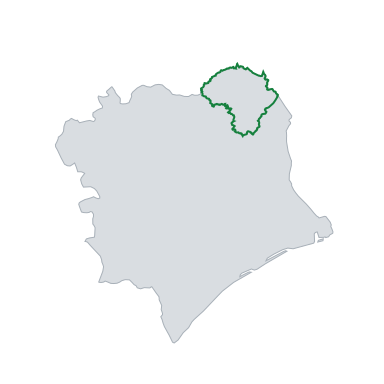 location of Bounkani, Zanzan, Ivory Coast, rotated 335°
{"feature_id": "98640826B90856530326373", "entity_name": "Bounkani", "entity_type": "district", "adm_level": 2, "iso_a3": "CIV", "parent_name": "Ivory Coast", "parent_adm1": "Zanzan", "projection": "mercator", "projection_center": [-3.483, 9.078], "detail": "fine", "context": "in_parent", "style": "outline", "palette": "green", "viewbox_px": 384, "rotation_deg": 335, "n_neighbors": 0, "source": "geoboundaries", "source_scale": "gbopen_adm2", "svg_char_len": 9257}
<svg xmlns="http://www.w3.org/2000/svg" viewBox="0 0 384 384"><g transform="rotate(335 192 192)"><path d="M94.1,85.7L95.3,85.6L98.4,84.7L101.2,82.7L103.8,78.3L107.3,74.9L111.3,75.1L112.5,74.5L113.9,74.4L115.5,76.6L117.2,78.4L118.4,78.4L119.3,81.7L126.6,83.1L129.7,84.0L132.3,86.4L133.2,86.5L134.3,86.0L135.2,85.1L135.4,84.2L134.2,82.0L134.7,80.1L135.9,78.3L137.8,78.2L140.6,77.7L143.8,77.7L146.2,78.0L147.2,76.3L146.3,71.4L146.5,68.7L146.9,66.4L147.8,65.5L151.4,68.4L154.7,69.4L157.1,69.5L157.7,68.9L156.7,65.8L157.0,64.9L157.9,64.3L159.4,64.0L163.6,62.7L164.0,63.0L164.8,67.9L164.5,69.5L165.3,72.9L166.4,76.0L166.4,77.2L165.5,79.1L164.4,80.9L164.5,81.6L166.2,82.8L169.4,84.1L172.7,84.4L174.6,82.6L176.5,81.1L177.8,79.8L178.3,77.8L180.4,76.4L186.4,74.6L191.9,74.3L193.3,74.9L195.8,77.6L198.9,79.5L203.8,79.3L207.3,80.4L210.3,82.4L212.3,87.1L214.5,90.4L215.5,95.2L219.0,97.7L221.8,98.8L225.5,102.2L229.3,104.0L233.3,103.6L235.2,105.4L238.2,106.7L241.1,106.8L243.8,102.8L247.2,101.2L256.0,98.0L259.4,96.6L262.9,95.7L271.3,95.4L279.2,96.4L283.1,97.1L285.7,96.6L288.2,98.5L290.8,102.4L293.0,103.7L295.2,105.1L296.8,108.2L298.7,111.3L299.7,112.7L302.1,115.7L304.1,115.8L306.1,114.5L306.9,113.5L307.3,115.5L306.5,118.8L306.7,120.8L307.8,121.6L307.2,124.2L304.9,128.6L304.9,131.2L307.2,132.1L308.8,134.8L309.8,139.6L310.8,141.2L310.9,142.2L312.5,153.7L314.6,165.2L313.3,166.8L311.5,167.2L310.3,167.7L310.0,168.8L310.7,170.4L310.2,171.8L308.0,172.8L303.1,176.5L302.8,177.9L301.5,181.1L300.5,183.0L298.9,186.5L296.3,195.8L295.4,203.6L295.3,206.0L294.3,207.6L293.2,210.0L287.9,216.7L285.2,222.1L285.6,224.4L285.7,226.8L284.9,228.5L285.0,233.1L285.7,236.9L286.6,240.6L290.5,251.3L292.4,257.7L293.7,262.9L294.8,266.4L295.8,267.8L296.2,269.2L301.9,270.1L303.0,270.9L304.5,277.7L304.3,280.7L303.2,281.9L303.2,284.5L302.9,287.7L302.1,288.9L298.9,289.1L296.8,290.3L293.9,289.8L293.7,289.0L292.1,288.7L287.9,286.9L288.6,281.1L286.7,280.8L285.1,281.6L282.2,288.6L280.7,289.8L259.7,286.2L255.1,283.3L249.7,282.6L240.1,282.9L232.3,283.8L230.0,285.6L249.9,284.6L252.0,284.8L253.0,285.8L227.9,288.1L218.3,289.5L215.5,289.1L213.3,286.9L202.9,286.6L200.8,287.4L199.5,289.0L203.6,288.7L210.1,288.6L211.8,289.8L191.6,291.5L177.6,294.7L171.6,297.0L152.1,304.7L140.1,308.4L137.0,309.7L131.6,313.5L124.6,315.8L116.8,320.3L112.0,321.3L110.9,319.9L110.8,312.4L110.1,302.3L110.4,298.5L111.0,294.9L111.0,291.9L113.4,290.7L114.0,289.5L114.4,285.6L116.6,282.0L116.7,275.8L117.3,274.5L117.8,272.9L116.9,268.8L115.6,261.1L115.0,260.6L114.5,261.0L113.2,261.1L108.3,258.5L104.5,258.0L101.9,255.7L101.7,253.2L100.4,251.6L99.5,248.7L98.2,245.2L94.4,243.2L90.9,242.7L88.4,243.1L85.5,243.0L82.2,241.8L79.8,240.5L77.6,238.0L75.6,236.0L74.0,236.3L72.0,235.8L70.1,234.9L69.4,234.2L77.6,226.2L80.3,222.3L80.6,219.9L80.7,217.5L81.5,215.0L81.8,211.3L77.3,197.6L76.1,193.3L74.9,192.1L74.1,191.6L76.4,189.9L79.6,190.3L84.4,191.7L85.4,190.3L89.1,183.4L89.0,180.9L88.6,179.1L90.7,174.4L92.4,172.5L93.3,170.5L93.0,167.8L91.7,166.8L90.1,167.0L88.0,166.4L85.0,164.8L83.4,163.4L83.9,157.2L84.2,155.2L85.3,154.1L87.0,153.8L91.7,153.6L95.6,154.3L99.0,154.7L100.8,154.7L102.2,156.6L104.2,158.5L105.9,158.5L106.5,157.1L106.1,150.9L105.0,147.6L102.4,144.4L95.7,141.7L95.5,138.0L96.2,133.9L97.6,132.4L102.6,129.8L101.7,128.4L100.2,126.9L97.0,125.4L97.7,120.5L97.9,116.1L95.2,116.6L92.5,116.9L90.1,115.5L88.2,112.9L87.8,105.6L87.8,97.1L87.5,93.4L88.2,91.4L90.6,89.6L93.2,87.2L94.1,85.7ZM291.2,289.9L290.1,291.5L284.8,290.5L286.1,289.2L291.2,289.9Z" fill="#d9dde1" stroke="#a8b0b8" stroke-width="1"/><path d="M309.7,141.8L309.6,141.6L309.7,141.1L310.8,140.5L310.9,140.3L310.9,140.2L310.4,139.1L309.9,138.3L309.9,137.9L310.1,136.8L310.1,136.5L309.7,136.0L308.9,135.7L308.7,135.4L308.6,134.7L308.5,134.0L308.5,133.1L308.4,132.7L308.2,132.5L308.0,132.4L306.6,132.1L306.0,131.9L305.1,131.9L304.5,131.8L303.8,131.4L303.5,131.0L303.5,130.8L303.5,130.5L304.0,130.1L304.3,129.5L304.0,128.2L303.7,127.6L303.7,127.3L304.1,127.0L305.0,126.9L305.4,126.7L305.9,125.9L306.0,125.0L306.1,124.8L306.8,124.2L307.0,123.9L307.6,123.7L308.1,123.4L308.4,122.9L308.4,122.7L307.6,121.7L307.3,121.6L306.5,121.5L306.1,121.2L305.9,120.8L305.8,120.0L305.8,119.8L305.9,119.6L306.6,119.3L306.8,118.9L307.2,118.7L307.5,118.4L307.8,117.6L307.7,116.5L307.3,115.9L307.2,115.4L307.2,114.6L307.4,113.9L307.4,113.2L305.7,115.0L304.4,116.4L303.2,116.0L302.1,114.9L301.6,114.7L297.3,109.5L296.9,107.7L296.0,106.5L295.6,105.4L294.8,103.5L294.7,102.9L294.3,102.9L293.2,103.2L292.8,103.6L292.4,103.5L291.1,101.7L291.1,100.1L290.2,99.3L289.1,98.5L288.9,98.4L288.6,98.4L287.7,99.1L287.4,99.1L287.3,98.1L287.1,97.2L287.2,96.2L287.2,95.8L287.2,95.1L287.2,94.9L286.8,95.1L286.3,96.0L286.0,96.3L285.4,96.7L284.9,97.4L284.2,97.9L283.9,98.3L283.9,98.6L283.6,98.4L283.4,98.2L282.7,97.8L282.2,97.6L282.4,96.1L282.2,96.0L281.6,96.2L280.7,96.2L280.2,96.1L279.6,95.5L279.1,95.3L278.3,95.2L278.0,95.3L277.5,95.6L277.3,95.4L275.9,94.9L275.7,95.1L275.2,95.1L274.5,95.0L273.4,95.1L272.2,94.8L270.8,94.9L270.0,94.0L269.5,94.0L269.3,94.1L268.4,95.1L267.8,95.2L267.5,95.3L266.9,95.0L266.3,94.9L264.7,95.1L263.7,95.3L262.6,96.6L261.8,96.2L261.3,96.4L260.2,96.3L259.5,96.3L258.8,96.2L258.6,96.5L258.2,97.1L257.8,97.1L257.3,97.4L256.7,97.4L256.4,97.3L256.0,97.6L255.8,97.8L255.8,98.2L255.6,98.4L255.7,98.7L255.9,98.8L255.7,99.1L255.0,99.2L254.7,99.1L253.6,99.0L253.4,99.2L253.0,99.9L252.8,100.1L252.7,100.1L250.9,99.7L249.8,98.9L249.5,98.6L249.3,98.6L248.7,99.6L248.5,99.8L247.9,99.9L247.3,101.2L246.8,101.5L246.5,101.7L244.7,101.9L244.7,102.0L244.2,102.4L243.9,102.3L243.8,102.8L243.6,102.9L243.5,103.1L244.0,103.2L244.1,103.4L243.7,103.6L243.9,104.0L243.6,104.5L243.7,104.9L243.3,104.9L243.2,105.0L243.5,105.2L243.6,105.4L243.1,105.8L243.2,106.0L243.1,106.4L243.2,107.1L242.8,107.9L242.5,108.3L242.2,108.6L242.2,108.8L242.5,109.0L243.4,110.4L243.9,110.6L244.2,111.0L244.8,111.2L244.9,111.7L244.7,112.6L244.8,112.9L245.1,113.2L245.2,113.6L245.6,113.8L246.0,114.2L246.6,114.5L246.8,114.7L246.8,114.8L246.6,116.2L246.8,116.5L247.1,116.6L247.3,116.6L247.4,116.8L247.4,117.1L247.0,117.5L247.0,118.2L246.7,118.6L246.3,118.8L246.1,119.0L247.0,120.5L247.6,121.1L247.7,121.4L247.7,121.5L247.3,121.8L246.9,121.9L246.7,122.1L246.6,122.5L246.8,122.9L247.1,123.1L247.6,123.5L247.8,123.8L248.0,123.7L248.1,123.4L248.7,123.0L249.0,122.8L249.5,122.4L250.7,122.7L251.2,122.5L251.6,122.6L251.8,122.7L251.9,123.2L252.1,123.3L252.6,123.4L252.9,123.9L253.4,124.5L253.7,124.4L253.9,124.3L254.0,124.3L254.4,124.5L254.5,124.8L255.0,124.7L256.2,124.7L256.4,124.9L256.4,125.0L256.6,125.5L256.8,125.8L257.2,126.1L257.7,126.1L258.2,126.2L258.9,126.0L259.2,126.1L258.4,126.9L258.2,127.3L258.3,127.6L258.2,127.9L258.4,128.5L258.5,128.7L259.0,128.8L259.5,128.7L259.8,128.6L259.9,128.2L260.2,128.3L260.6,128.1L260.8,128.4L260.7,128.7L260.8,129.3L260.8,129.6L260.7,129.9L260.2,129.6L260.0,129.2L259.9,129.1L259.6,129.0L259.4,129.0L259.1,129.4L259.1,130.4L258.6,130.6L258.4,130.7L258.7,131.0L259.2,131.1L259.6,131.0L259.9,131.5L260.1,131.6L260.4,132.0L260.5,132.1L261.2,132.0L261.9,132.3L262.1,132.5L262.6,132.7L262.7,133.0L262.8,133.2L262.5,133.4L261.8,133.7L261.4,134.1L260.8,134.1L260.1,135.0L259.7,134.9L259.3,134.7L258.3,135.1L258.8,136.1L259.3,136.3L260.0,136.5L260.2,137.0L260.3,137.8L261.0,138.1L261.4,138.7L261.6,139.9L262.3,140.2L262.1,141.9L260.0,144.1L259.6,145.3L259.9,145.4L260.0,145.5L258.9,145.5L258.6,145.6L258.2,146.0L257.9,146.0L257.4,145.9L257.2,146.0L256.9,146.3L256.8,146.8L256.8,147.5L256.7,148.2L257.8,149.1L258.0,149.5L258.2,149.8L258.5,150.3L257.8,150.6L257.3,150.9L256.8,151.4L255.8,151.6L255.5,151.7L255.2,151.9L255.1,152.4L255.2,152.8L255.5,153.0L256.6,153.2L256.7,153.3L257.3,153.5L257.5,154.3L257.2,154.5L257.1,155.4L256.9,155.6L256.6,155.6L256.7,155.8L256.9,156.0L257.2,156.6L257.7,157.0L258.4,157.3L259.2,157.5L259.4,157.8L259.5,158.6L259.7,158.8L260.6,159.3L261.1,159.3L261.2,160.2L261.2,160.3L261.7,160.4L261.6,161.0L261.6,161.5L261.5,161.9L261.6,162.6L261.8,162.4L262.8,162.4L263.1,162.2L263.6,162.3L264.8,162.5L265.0,162.6L266.0,162.7L266.5,162.3L266.6,162.1L266.7,161.6L267.7,160.7L268.0,160.6L268.6,160.7L269.0,161.2L269.3,161.5L269.8,161.7L270.0,161.9L270.1,162.2L270.1,162.5L270.4,162.6L270.4,163.0L270.7,163.1L270.9,163.4L270.7,163.9L270.9,164.2L270.8,164.5L271.4,165.5L271.5,165.7L271.8,165.7L272.2,165.4L272.3,165.2L272.3,164.9L272.6,164.7L272.9,164.7L273.4,164.4L273.8,164.4L274.9,163.9L275.2,163.7L275.3,163.6L275.6,163.7L275.8,163.6L276.2,163.6L276.7,163.1L277.0,163.2L277.4,163.0L277.6,162.5L277.7,162.4L277.8,162.0L278.1,161.9L278.1,161.7L278.3,161.5L279.5,161.4L280.1,161.5L280.8,161.3L281.1,160.3L281.1,160.1L281.0,159.9L281.3,158.7L282.1,157.9L282.4,156.9L282.3,156.0L281.9,155.7L281.8,155.3L282.1,155.2L282.4,155.3L283.0,155.0L283.3,154.4L283.4,154.2L283.7,154.0L284.3,153.8L284.7,153.8L284.9,153.7L285.2,153.4L286.0,153.0L286.7,152.9L287.0,152.7L287.2,152.4L287.2,151.8L287.3,151.7L288.0,151.2L289.1,151.2L289.4,151.4L289.9,151.4L290.3,151.7L291.0,151.7L291.2,151.8L291.4,152.0L291.6,152.0L292.8,151.3L293.3,150.8L293.0,150.2L292.9,149.4L293.1,149.0L292.8,148.8L292.9,148.1L293.0,148.0L293.3,148.0L293.9,147.4L294.4,147.4L294.7,147.5L295.0,147.4L295.6,147.6L297.2,147.7L303.2,145.9L306.1,144.2L309.7,141.8Z" fill="none" stroke="#15803d" stroke-width="2"/></g></svg>